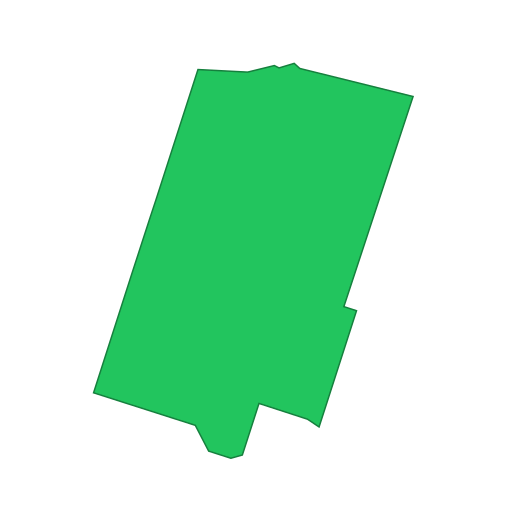 the district of Lawrence, Mississippi, United States of America, rotated 18°
{"feature_id": "52423323B32105317711789", "entity_name": "Lawrence", "entity_type": "district", "adm_level": 2, "iso_a3": "USA", "parent_name": "United States of America", "parent_adm1": "Mississippi", "projection": "albers", "projection_center": [-90.094, 31.545], "detail": "fine", "context": "isolated", "style": "filled", "palette": "green", "viewbox_px": 512, "rotation_deg": 18, "n_neighbors": 0, "source": "geoboundaries", "source_scale": "gbopen_adm2", "svg_char_len": 450}
<svg xmlns="http://www.w3.org/2000/svg" viewBox="0 0 512 512"><g transform="rotate(18 256 256)"><path d="M368.8,399.1L368.7,352.6L368.6,314.2L368.5,277.0L355.2,277.0L356.1,55.8L239.7,64.1L232.8,61.0L219.8,70.0L214.6,69.2L191.2,83.7L143.2,96.6L143.2,97.8L143.5,233.2L143.4,252.6L143.4,308.9L143.8,436.3L250.6,435.8L271.3,456.2L294.6,456.1L304.5,449.5L304.4,395.3L355.4,395.3L368.8,399.1Z" fill="#22c55e" stroke="#15803d" stroke-width="1.5"/></g></svg>